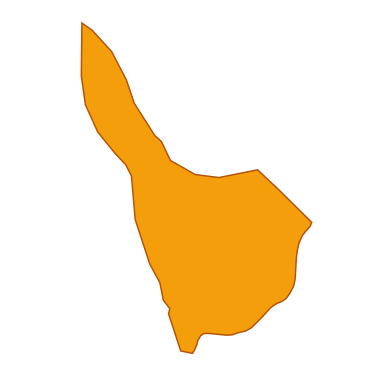 Panajachel, Sololá, Guatemala (Albers equal-area conic projection), rotated 274°
{"feature_id": "79465075B15499572594181", "entity_name": "Panajachel", "entity_type": "district", "adm_level": 2, "iso_a3": "GTM", "parent_name": "Guatemala", "parent_adm1": "Sololá", "projection": "albers", "projection_center": [-91.15, 14.749], "detail": "fine", "context": "isolated", "style": "filled", "palette": "amber", "viewbox_px": 384, "rotation_deg": 274, "n_neighbors": 0, "source": "geoboundaries", "source_scale": "gbopen_adm2", "svg_char_len": 825}
<svg xmlns="http://www.w3.org/2000/svg" viewBox="0 0 384 384"><g transform="rotate(274 192 192)"><path d="M224.6,113.1L214.7,123.9L203.8,130.5L160.8,137.2L117.2,154.9L99.2,166.3L82.2,170.9L74.1,178.0L68.9,177.1L32.6,191.9L31.1,203.8L34.5,205.5L40.6,207.6L44.1,208.1L48.9,210.5L51.5,213.2L52.1,218.1L51.6,236.2L52.3,242.0L54.6,247.3L55.9,251.4L57.1,255.2L60.6,260.6L71.6,270.3L81.6,278.1L84.0,280.7L86.7,284.4L89.2,289.4L92.5,293.5L98.3,296.9L104.4,299.6L107.6,300.4L113.3,301.0L133.7,300.7L141.5,301.2L147.1,302.0L151.0,303.1L156.2,305.1L160.3,307.9L166.0,312.2L170.0,313.6L200.7,277.9L218.7,255.9L208.3,217.9L209.6,194.1L221.9,168.3L240.0,158.1L245.8,150.9L276.5,128.2L299.2,118.7L326.4,102.1L346.3,81.2L352.9,70.4L300.1,73.5L271.6,79.6L245.2,93.8L224.6,113.1Z" fill="#f59e0b" stroke="#b45309" stroke-width="1.5"/></g></svg>